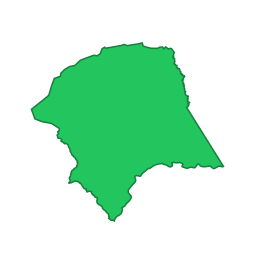 Marechal Thaumaturgo, Acre, Brazil, rotated 238°
{"feature_id": "56859067B20321817435664", "entity_name": "Marechal Thaumaturgo", "entity_type": "district", "adm_level": 2, "iso_a3": "BRA", "parent_name": "Brazil", "parent_adm1": "Acre", "projection": "equal_earth", "projection_center": [-72.677, -9.092], "detail": "fine", "context": "isolated", "style": "filled", "palette": "green", "viewbox_px": 256, "rotation_deg": 238, "n_neighbors": 0, "source": "geoboundaries", "source_scale": "gbopen_adm2", "svg_char_len": 5725}
<svg xmlns="http://www.w3.org/2000/svg" viewBox="0 0 256 256"><g transform="rotate(238 128 128)"><path d="M204.0,85.2L202.7,83.8L202.2,83.2L197.7,78.1L196.6,69.5L196.4,67.9L196.2,66.1L195.0,56.0L193.5,55.7L185.1,53.9L179.1,58.3L178.6,58.8L172.6,65.4L170.7,66.4L165.9,68.6L165.1,69.0L164.5,69.3L163.8,69.3L163.3,69.1L162.8,68.7L162.3,68.1L162.1,67.3L162.1,66.4L161.3,66.2L160.6,66.3L160.1,65.9L159.9,65.4L159.8,64.7L159.5,64.1L158.7,63.9L158.2,63.8L157.3,63.4L156.6,63.3L156.2,63.6L155.9,63.9L155.2,64.8L154.6,65.3L154.1,65.5L153.5,65.6L152.9,64.9L152.5,64.2L151.9,64.5L151.3,64.7L150.8,65.0L150.5,65.4L150.2,65.8L149.6,66.0L149.2,65.6L148.4,65.8L147.8,66.7L147.7,67.3L147.3,67.5L146.8,67.7L146.5,67.9L145.9,68.1L145.3,68.2L144.7,67.9L144.1,67.8L143.2,67.7L142.7,67.5L141.9,67.7L141.5,67.6L141.0,67.5L140.3,67.5L139.7,67.1L139.0,66.6L138.5,66.6L137.9,66.6L137.4,66.7L136.9,66.7L136.3,66.5L135.7,66.4L135.1,66.2L134.5,66.3L134.0,66.5L133.7,66.9L133.2,66.9L132.7,66.6L132.2,66.9L131.6,66.9L130.9,67.3L130.4,67.5L129.9,67.3L129.3,67.1L128.6,67.2L128.1,67.4L127.6,67.4L127.1,67.6L126.4,67.5L126.1,66.8L125.6,66.8L125.3,66.6L124.8,66.7L124.3,66.3L124.1,65.9L123.8,65.4L123.4,64.8L122.8,64.5L122.2,64.2L122.3,63.4L122.0,62.7L122.1,61.5L122.0,60.5L121.8,60.0L121.7,59.2L121.6,58.4L121.4,57.7L121.2,57.1L120.7,56.8L120.5,56.3L120.0,56.2L119.6,55.6L119.2,54.9L118.7,54.6L118.4,54.4L117.8,53.7L117.3,53.1L117.2,52.5L116.8,52.0L116.4,51.8L116.0,51.3L115.6,51.2L115.1,51.4L114.5,51.5L114.1,51.3L113.6,50.5L113.2,49.8L113.0,49.2L112.9,48.7L112.4,48.7L112.1,49.7L112.0,50.4L111.6,50.9L111.5,51.6L111.5,52.4L111.3,53.1L111.2,54.1L111.1,54.7L110.8,55.1L110.5,55.7L110.1,56.1L109.7,56.6L108.9,57.0L108.4,57.4L107.9,57.7L107.4,57.9L106.7,57.9L106.4,58.5L101.3,58.6L100.6,58.6L100.2,58.6L99.8,58.9L99.5,59.3L99.0,59.3L98.7,59.7L98.5,60.3L98.0,60.0L97.5,59.6L96.9,59.8L96.2,59.4L95.5,59.4L95.2,60.1L95.2,60.9L95.1,61.4L94.8,62.0L94.2,62.4L93.7,62.8L93.1,63.3L92.5,62.8L91.9,62.6L91.3,62.6L90.7,62.8L90.2,62.6L89.7,62.9L89.3,63.4L88.7,63.2L88.3,63.6L87.7,63.6L86.9,63.4L86.4,63.7L86.1,64.1L85.7,64.3L85.5,65.0L84.9,65.0L84.4,64.7L83.9,64.1L83.4,63.5L82.8,63.0L82.1,62.7L81.6,62.5L81.0,62.2L80.3,62.2L79.8,62.4L79.1,62.5L78.6,62.6L78.2,62.8L77.8,63.3L77.1,63.5L76.7,63.6L76.1,64.0L75.6,64.2L74.9,64.3L74.3,64.3L73.9,63.9L73.2,64.0L72.6,63.9L72.1,64.0L71.3,64.4L70.7,64.5L70.1,64.8L69.4,65.0L68.7,65.2L68.2,65.0L67.5,65.3L67.0,65.3L66.4,65.4L66.0,65.8L65.0,65.6L64.5,65.5L64.0,65.1L63.4,64.8L62.9,65.1L62.3,64.9L61.9,64.1L61.5,63.7L60.8,63.9L60.2,64.3L59.7,64.4L59.1,64.5L58.7,64.7L58.4,65.4L57.9,66.1L57.3,66.6L56.9,66.9L56.4,67.2L57.2,67.9L57.7,68.7L58.5,70.2L58.8,71.2L58.8,75.7L59.1,76.8L60.5,78.9L61.3,79.8L63.2,80.5L63.5,80.8L63.6,84.3L64.5,86.0L64.9,87.5L65.5,90.5L66.6,93.0L67.7,94.3L68.6,94.6L69.6,94.4L71.1,94.2L73.3,94.1L74.6,94.9L75.3,95.5L75.5,96.3L76.2,97.8L76.7,99.7L77.5,101.9L78.1,104.6L78.7,105.9L79.3,106.7L80.2,107.2L82.4,107.6L83.4,108.4L83.1,110.0L81.8,111.7L81.1,112.1L80.6,112.7L80.8,113.7L81.8,115.5L82.1,117.2L82.2,119.5L82.7,122.5L82.8,123.1L83.0,123.7L82.2,125.0L82.2,127.1L82.4,128.1L82.4,130.0L82.2,131.0L82.1,132.1L81.2,135.0L79.6,138.5L78.5,138.7L77.3,140.0L76.5,140.9L74.3,141.8L73.3,142.4L72.6,143.2L72.3,144.1L72.3,145.3L73.0,146.2L75.3,146.8L75.2,147.4L74.4,148.4L74.1,149.2L73.5,149.7L71.9,152.1L71.5,153.4L70.9,154.0L68.9,155.4L68.2,155.5L67.0,153.5L66.6,153.3L66.0,153.7L65.3,154.3L63.4,155.8L62.4,156.9L61.6,160.2L61.2,161.0L59.3,162.8L58.9,163.6L59.0,164.3L59.9,166.6L60.3,167.3L60.3,168.4L59.5,168.9L57.7,169.3L56.6,169.8L55.0,171.6L53.8,173.8L52.5,177.1L51.5,177.7L48.3,178.9L47.8,180.1L47.6,183.9L47.3,185.0L46.6,186.0L45.0,187.6L44.8,188.6L113.9,188.6L114.5,188.7L114.5,189.3L114.3,189.9L114.5,190.5L115.0,191.1L115.3,191.9L115.8,192.1L116.4,192.4L116.8,191.7L117.1,192.3L117.0,192.9L117.5,192.8L117.4,193.5L117.8,193.2L118.4,192.8L119.1,192.5L119.5,193.2L120.1,193.6L120.6,193.2L121.2,193.6L121.1,194.3L121.5,194.2L122.2,195.1L122.8,195.2L122.8,195.8L123.2,195.9L123.6,194.9L124.1,195.1L124.5,194.9L125.2,194.6L125.8,194.6L126.2,194.7L126.6,194.7L127.0,194.5L127.4,194.9L127.8,195.3L128.1,196.0L128.5,196.2L129.0,195.6L129.6,195.9L130.2,196.1L130.7,196.5L131.3,196.9L131.8,196.7L132.3,196.8L132.7,197.2L133.2,197.5L134.0,197.4L134.1,198.2L134.8,198.2L135.5,197.8L135.8,198.6L136.3,198.3L136.6,198.9L137.3,199.0L137.8,198.9L138.4,199.0L139.0,199.2L139.3,199.9L139.6,199.4L139.8,200.1L140.4,200.2L140.5,200.9L140.9,201.4L141.1,202.2L141.6,202.6L141.7,203.3L142.4,203.5L142.6,203.0L142.8,202.3L143.4,202.4L144.2,202.6L144.5,201.9L145.0,201.7L145.5,202.2L145.9,201.6L146.5,201.5L147.0,202.1L147.4,202.4L147.8,202.6L148.4,202.3L149.0,202.5L149.5,202.6L149.9,202.7L150.4,202.6L151.0,203.0L151.5,202.5L151.9,201.9L152.3,201.7L152.8,201.9L153.1,201.4L153.7,201.9L154.3,201.7L155.0,201.8L155.2,202.3L155.6,201.7L156.1,201.7L156.7,202.0L157.1,201.8L157.4,201.4L157.9,201.0L158.4,201.6L159.1,202.2L159.4,202.9L159.9,202.8L160.4,203.1L160.8,203.6L161.4,203.8L162.2,204.3L162.9,203.9L163.4,203.3L163.9,203.8L164.1,204.5L164.5,204.4L165.0,204.2L165.4,204.8L165.7,205.5L166.4,205.8L166.8,206.2L167.2,206.4L167.4,207.3L172.4,206.9L173.0,206.3L173.8,204.1L176.8,202.9L176.2,200.4L178.3,200.3L179.2,198.7L179.8,197.6L179.7,196.3L180.2,194.8L182.8,190.8L183.9,189.2L184.4,188.8L187.1,186.3L188.2,185.4L189.4,184.2L192.6,185.2L194.2,180.6L196.0,176.4L197.2,173.5L198.3,171.0L201.0,168.9L201.5,166.2L203.7,160.7L206.7,153.3L207.4,151.5L208.0,151.2L208.8,151.1L209.0,148.1L207.9,146.6L205.7,143.8L205.5,140.1L207.8,137.6L209.4,130.2L210.7,123.7L210.4,121.7L209.2,116.1L211.1,111.0L211.2,105.1L210.4,101.9L210.1,100.2L207.7,98.1L209.1,91.8L204.3,85.6L204.0,85.2Z" fill="#22c55e" stroke="#15803d" stroke-width="1.5"/></g></svg>